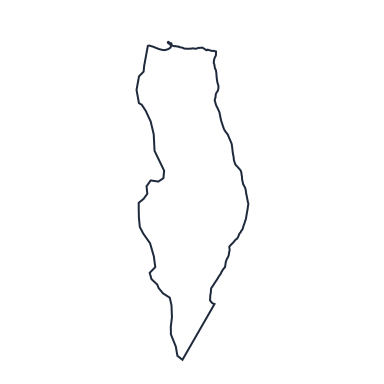 outline of Morne Siquot, Soufrière, Saint Lucia, rotated 68°
{"feature_id": "8701671B8813575079880", "entity_name": "Morne Siquot", "entity_type": "district", "adm_level": 2, "iso_a3": "LCA", "parent_name": "Saint Lucia", "parent_adm1": "Soufrière", "projection": "albers", "projection_center": [-61.065, 13.891], "detail": "fine", "context": "isolated", "style": "outline", "palette": "slate", "viewbox_px": 384, "rotation_deg": 68, "n_neighbors": 0, "source": "geoboundaries", "source_scale": "gbopen_adm2", "svg_char_len": 4208}
<svg xmlns="http://www.w3.org/2000/svg" viewBox="0 0 384 384"><g transform="rotate(68 192 192)"><path d="M344.0,263.7L304.3,213.1L302.6,214.9L299.4,215.9L294.9,213.9L293.3,212.9L292.3,212.2L291.7,211.9L291.1,211.6L290.3,211.3L289.3,210.8L288.9,210.6L288.6,210.3L288.2,210.0L287.9,209.6L287.6,209.1L287.3,208.5L286.9,207.9L286.6,207.5L286.2,207.0L285.8,206.3L285.5,205.9L284.9,205.2L284.6,204.7L284.2,204.1L283.8,203.5L283.4,202.9L282.8,202.0L282.1,201.1L281.5,200.2L280.5,199.0L278.6,196.0L278.2,195.5L277.8,195.2L277.2,194.7L276.8,194.0L276.3,193.4L275.9,192.8L275.4,192.1L275.0,191.5L274.7,191.0L274.5,190.5L274.2,189.8L274.0,189.5L273.4,189.2L272.5,188.6L271.3,187.9L269.8,187.0L269.2,186.7L268.7,186.1L267.9,185.5L267.0,184.5L266.3,183.6L265.5,182.7L265.0,182.2L264.4,181.7L263.7,181.2L262.9,180.8L262.4,180.6L261.9,180.2L261.1,179.6L260.3,179.1L259.8,178.8L259.2,178.6L258.4,178.4L257.1,178.1L256.7,177.9L256.5,177.6L256.2,177.1L256.0,176.5L255.8,176.2L255.5,175.6L255.2,174.9L254.9,174.1L254.6,173.4L254.4,172.8L254.2,172.4L253.9,172.0L253.6,171.5L253.4,171.0L253.0,170.4L252.8,169.9L252.5,169.3L252.3,168.4L252.1,167.6L251.6,166.9L251.3,166.5L250.4,165.5L249.4,164.7L249.0,164.2L248.5,163.7L248.1,163.2L247.7,162.2L247.2,161.6L246.7,161.1L246.4,160.7L245.8,159.6L245.2,158.9L244.9,158.6L242.6,156.9L240.6,155.0L238.6,153.5L238.3,153.0L236.4,151.6L234.5,150.5L232.4,149.2L229.1,147.1L225.6,145.1L225.0,144.7L224.6,144.4L224.0,144.2L223.6,144.1L223.0,144.0L222.3,144.0L221.5,143.8L217.5,143.0L215.8,142.7L214.1,142.4L213.1,142.2L211.1,141.6L209.7,141.4L208.6,141.2L208.0,141.2L206.5,141.3L205.0,141.5L204.2,141.6L203.6,141.6L203.1,141.5L198.9,140.8L198.3,140.6L197.8,140.4L197.4,140.2L196.6,140.0L193.2,139.2L192.5,139.0L191.8,138.9L191.0,138.9L190.1,138.9L189.4,139.1L188.2,139.5L184.9,140.7L183.2,141.4L182.6,141.4L182.1,141.5L179.3,141.3L178.2,141.2L177.4,141.0L176.4,140.7L174.8,140.2L173.3,140.0L170.6,139.4L168.4,138.8L166.0,138.1L163.8,137.6L162.9,137.3L162.4,137.2L158.8,137.2L155.4,137.3L153.4,137.3L151.6,137.4L150.1,137.9L148.7,138.3L147.1,138.6L145.8,138.8L144.1,138.7L141.9,138.6L137.3,138.3L135.4,138.0L133.9,137.8L132.2,137.4L131.1,137.2L130.1,137.1L129.2,136.8L128.0,136.7L123.6,136.9L123.0,136.9L121.9,137.1L120.2,137.1L118.0,136.9L115.4,136.6L115.0,136.3L114.3,135.8L113.6,135.2L113.0,134.7L112.3,134.4L111.6,134.0L110.7,133.6L110.0,133.0L109.5,132.6L109.2,132.2L108.8,131.7L108.5,131.2L108.1,130.5L107.6,130.1L107.2,129.7L106.7,129.3L106.0,128.8L105.3,128.5L104.4,128.1L103.3,127.7L99.9,127.4L98.0,127.0L95.7,126.4L92.7,125.5L90.6,124.8L89.2,124.5L88.4,124.3L87.6,124.2L86.9,124.3L86.0,124.4L83.7,123.9L82.5,123.6L81.6,123.5L80.5,123.5L79.8,123.2L79.1,122.8L78.6,122.5L77.7,122.0L77.2,121.6L76.6,121.2L76.1,120.7L75.3,119.9L74.9,119.4L74.5,118.8L73.9,118.5L73.7,118.4L70.7,117.1L69.8,118.3L69.3,118.9L69.0,119.8L68.4,121.1L67.4,122.3L66.3,123.6L65.8,124.3L65.8,124.8L66.1,125.1L66.0,125.5L65.9,125.7L65.6,125.8L65.0,126.2L63.7,127.0L62.8,127.8L62.1,128.2L61.5,130.0L60.8,132.2L60.7,134.3L60.4,135.3L59.8,136.2L59.0,137.7L58.8,138.8L58.2,140.7L57.3,143.0L56.6,144.3L56.6,144.6L56.0,145.6L55.8,145.8L54.8,146.5L54.4,147.2L53.0,149.3L52.1,149.9L52.1,150.4L50.5,152.7L50.4,153.5L50.0,154.0L49.5,154.8L48.8,155.4L48.6,155.6L47.9,155.8L46.4,155.5L45.9,156.4L45.3,156.9L44.6,157.3L44.1,157.5L43.9,157.8L44.0,158.1L44.3,158.4L44.8,158.4L45.3,158.1L46.6,157.1L46.9,156.9L47.1,156.6L47.5,156.5L48.0,156.8L49.0,157.1L49.8,157.5L50.1,158.0L50.4,159.4L50.6,160.3L50.5,161.8L50.4,163.4L50.1,164.3L49.7,165.5L48.8,166.7L47.9,168.0L47.0,169.2L44.7,171.6L42.2,174.2L42.0,174.6L40.7,176.2L40.1,177.0L40.0,177.5L40.0,178.2L57.1,189.1L62.3,191.8L64.9,197.8L76.6,205.2L89.7,207.9L92.3,205.9L99.4,204.5L111.2,203.9L124.2,205.9L139.8,211.3L159.7,210.0L161.9,209.9L168.4,213.3L169.0,215.7L169.7,219.3L165.8,226.0L169.7,232.0L176.9,234.1L178.2,236.2L180.2,239.4L182.1,245.5L186.7,247.3L188.6,248.1L192.1,249.4L195.8,250.8L204.9,253.5L212.1,252.8L223.8,250.1L237.4,251.5L247.9,254.2L249.0,256.7L251.1,261.5L257.6,262.2L264.8,258.9L268.7,258.9L275.2,256.8L281.7,252.2L289.5,253.5L300.6,257.5L309.1,262.2L316.2,264.9L329.2,264.9L338.4,266.9L344.0,263.7Z" fill="none" stroke="#1e293b" stroke-width="2"/></g></svg>